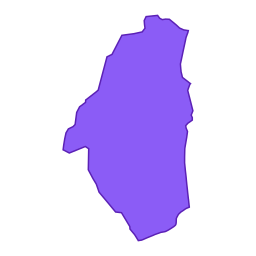 Mukjar, Central Darfur, Sudan (Natural Earth projection)
{"feature_id": "16777658B99051784139015", "entity_name": "Mukjar", "entity_type": "district", "adm_level": 2, "iso_a3": "SDN", "parent_name": "Sudan", "parent_adm1": "Central Darfur", "projection": "natural_earth1", "projection_center": [23.598, 11.812], "detail": "fine", "context": "isolated", "style": "filled", "palette": "violet", "viewbox_px": 256, "rotation_deg": 0, "n_neighbors": 0, "source": "geoboundaries", "source_scale": "gbopen_adm2", "svg_char_len": 2126}
<svg xmlns="http://www.w3.org/2000/svg" viewBox="0 0 256 256"><path d="M63.1,149.8L69.3,153.0L85.3,146.5L88.7,148.7L88.3,169.8L93.1,178.8L96.3,184.1L99.1,192.2L107.9,202.7L115.6,212.0L121.5,212.7L129.8,226.5L130.0,229.1L134.6,234.6L136.3,237.3L138.2,240.4L138.3,240.6L141.6,240.1L142.9,239.6L147.0,237.8L151.2,236.1L153.4,235.2L154.9,234.5L159.5,232.9L160.7,232.4L161.2,232.3L164.2,231.8L165.5,231.5L167.9,230.3L170.1,229.0L173.8,226.6L175.4,225.2L175.7,224.7L176.0,223.9L176.2,222.3L176.3,218.5L176.9,217.2L178.0,215.1L178.3,214.6L179.2,213.5L180.2,212.7L180.9,212.0L182.9,210.7L185.3,209.0L186.3,208.4L189.3,207.2L189.3,206.7L189.2,206.5L189.2,205.9L189.1,205.5L189.1,205.4L189.1,205.2L189.0,204.6L189.0,204.0L188.9,203.6L188.9,203.2L188.8,202.8L188.8,202.6L188.7,201.7L188.7,201.3L188.6,200.7L188.5,199.6L188.4,199.1L188.0,195.6L188.0,195.2L187.8,194.0L187.8,193.6L187.7,192.9L187.4,189.8L186.9,185.3L186.8,184.5L186.7,183.4L186.3,179.4L186.3,179.1L185.9,175.2L185.7,173.5L185.5,171.9L184.7,163.8L184.6,162.9L184.6,162.2L184.6,160.9L184.6,159.6L184.6,157.0L184.8,148.7L185.0,147.3L186.7,137.4L187.1,134.5L187.5,131.5L186.1,128.1L185.9,126.9L185.7,125.7L187.2,124.0L187.9,123.2L189.5,122.1L191.5,120.7L192.3,120.1L192.3,118.0L192.3,117.6L191.5,115.8L191.2,115.1L192.9,110.8L190.1,99.7L187.7,90.4L188.7,87.5L189.9,84.2L190.5,83.7L189.7,83.0L189.4,82.9L189.2,82.7L188.8,82.4L188.4,82.0L188.1,81.8L188.0,81.7L187.5,81.3L186.3,80.4L183.6,78.3L183.2,78.0L182.5,77.4L182.4,77.1L182.3,76.8L182.2,76.4L181.8,74.6L181.4,73.1L181.0,71.4L181.0,71.2L181.0,70.8L180.8,69.0L180.4,64.0L180.7,62.6L181.4,59.4L183.3,50.3L185.4,40.6L185.9,38.1L185.9,37.9L187.7,32.9L187.8,32.8L188.3,30.6L188.2,30.6L187.5,30.5L186.3,30.3L183.7,29.9L179.5,28.0L176.3,25.0L169.4,19.3L165.7,19.1L162.2,19.6L159.6,18.2L157.6,15.4L146.1,16.6L144.2,20.6L144.5,24.5L145.0,28.2L142.2,31.9L133.9,33.7L123.3,35.1L122.0,35.3L121.9,35.3L112.0,54.4L107.0,56.8L101.2,78.7L98.2,90.1L95.9,92.1L85.7,100.0L85.5,102.4L79.6,106.8L76.7,112.4L75.1,124.5L73.1,126.6L68.4,128.9L66.0,132.9L64.7,139.0L63.7,145.1L63.1,149.8Z" fill="#8b5cf6" stroke="#5b21b6" stroke-width="1.5"/></svg>